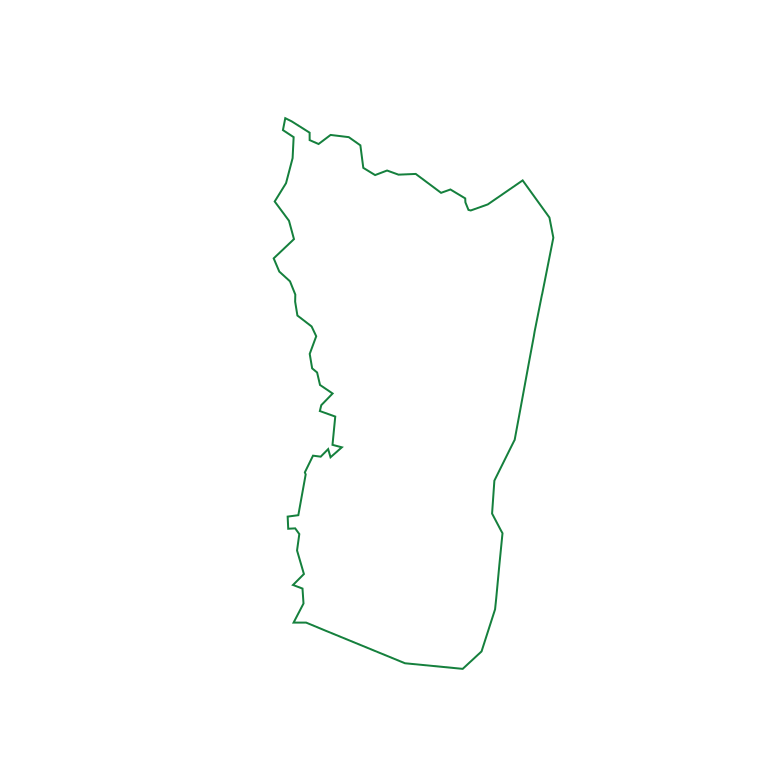 outline of Rincón, Puerto Rico, rotated 216°
{"feature_id": "32010507B13421931783932", "entity_name": "Rincón", "entity_type": "district", "adm_level": 2, "iso_a3": "PRI", "parent_name": "Puerto Rico", "parent_adm1": "", "projection": "natural_earth1", "projection_center": [-67.225, 18.337], "detail": "fine", "context": "isolated", "style": "outline", "palette": "green", "viewbox_px": 768, "rotation_deg": 216, "n_neighbors": 0, "source": "geoboundaries", "source_scale": "gbopen_adm2", "svg_char_len": 1294}
<svg xmlns="http://www.w3.org/2000/svg" viewBox="0 0 768 768"><g transform="rotate(216 384 384)"><path d="M316.9,137.8L307.4,144.7L306.7,145.2L286.2,150.1L202.9,170.4L152.9,199.8L147.9,225.0L161.7,267.0L167.2,276.5L183.6,304.2L183.9,304.7L200.4,332.9L203.6,334.4L219.8,342.4L220.4,342.7L237.9,370.7L238.6,374.8L244.0,406.7L245.3,414.5L245.4,415.5L247.6,420.1L258.6,443.2L280.1,488.1L290.7,510.4L293.0,515.0L295.2,519.8L308.7,549.1L308.9,549.7L314.7,562.3L333.0,601.9L348.0,615.9L391.5,630.2L405.6,590.3L415.8,575.4L418.0,574.5L424.9,578.8L427.4,581.9L444.6,580.4L450.2,572.2L481.8,572.6L495.3,561.9L507.0,558.5L514.0,547.8L527.8,546.7L543.4,563.2L557.6,563.0L573.6,554.1L578.0,539.7L587.5,537.6L591.9,543.6L613.2,542.2L620.1,541.0L615.0,530.0L602.2,530.6L590.7,513.0L581.3,488.9L579.7,467.4L556.8,460.2L542.0,448.3L547.1,420.8L534.8,413.4L520.4,411.8L508.3,404.2L504.3,398.4L494.3,388.5L476.4,388.0L466.9,382.8L461.8,364.7L451.3,354.4L444.9,354.0L435.2,345.6L420.0,346.1L422.3,330.0L420.0,324.4L404.3,329.0L389.9,304.5L380.9,308.0L384.2,293.3L390.9,298.5L392.5,288.0L399.3,284.3L396.1,266.0L394.2,264.8L376.2,227.5L384.0,220.1L376.4,210.6L371.0,215.0L364.3,212.8L356.5,198.2L337.1,183.2L339.5,167.9L329.7,170.6L320.1,159.1L316.9,137.8Z" fill="none" stroke="#15803d" stroke-width="2"/></g></svg>